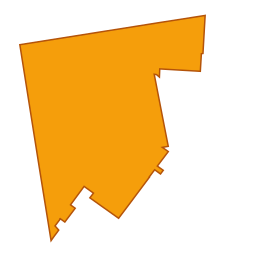 General Villegas, Buenos Aires, Argentina (Robinson projection), rotated 351°
{"feature_id": "61730980B52535530003600", "entity_name": "General Villegas", "entity_type": "district", "adm_level": 2, "iso_a3": "ARG", "parent_name": "Argentina", "parent_adm1": "Buenos Aires", "projection": "robinson", "projection_center": [-62.918, -34.876], "detail": "fine", "context": "isolated", "style": "filled", "palette": "amber", "viewbox_px": 256, "rotation_deg": 351, "n_neighbors": 0, "source": "geoboundaries", "source_scale": "gbopen_adm2", "svg_char_len": 750}
<svg xmlns="http://www.w3.org/2000/svg" viewBox="0 0 256 256"><g transform="rotate(351 128 128)"><path d="M221.8,28.9L177.3,28.8L118.9,28.8L34.2,28.8L34.2,29.1L34.2,57.7L34.2,58.3L34.2,91.8L34.2,129.4L34.2,149.8L34.2,151.9L34.2,153.1L34.4,227.2L38.3,223.2L40.6,221.0L43.6,218.0L40.6,213.3L46.5,207.6L46.5,207.1L46.8,206.9L50.9,211.0L63.3,199.0L59.2,194.9L67.8,186.4L72.7,181.6L75.5,178.8L83.7,186.9L79.4,191.0L104.6,215.7L115.6,205.1L141.5,179.9L141.3,179.7L147.8,173.4L152.9,178.5L156.2,175.3L151.0,170.2L164.1,157.6L158.9,152.5L164.9,152.4L164.1,130.9L162.3,79.0L164.5,79.7L167.0,82.6L168.6,74.6L208.3,83.3L212.1,66.1L213.7,66.1L215.2,59.2L219.7,38.5L221.7,29.4L221.7,29.2L221.8,28.9Z" fill="#f59e0b" stroke="#b45309" stroke-width="1.5"/></g></svg>